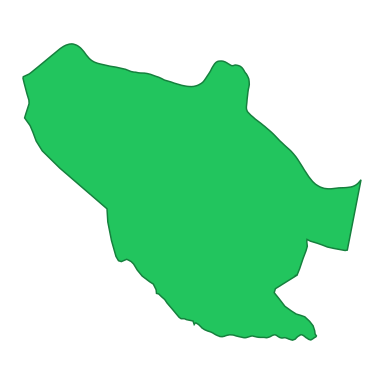 Beauchamp, Micoud, Saint Lucia
{"feature_id": "8701671B84813542366979", "entity_name": "Beauchamp", "entity_type": "district", "adm_level": 2, "iso_a3": "LCA", "parent_name": "Saint Lucia", "parent_adm1": "Micoud", "projection": "robinson", "projection_center": [-60.914, 13.818], "detail": "fine", "context": "isolated", "style": "filled", "palette": "green", "viewbox_px": 384, "rotation_deg": 0, "n_neighbors": 0, "source": "geoboundaries", "source_scale": "gbopen_adm2", "svg_char_len": 5949}
<svg xmlns="http://www.w3.org/2000/svg" viewBox="0 0 384 384"><path d="M194.2,324.5L194.7,323.8L194.9,323.5L195.1,323.3L195.3,323.1L195.7,322.9L196.3,323.1L196.7,323.4L197.3,323.7L197.9,324.1L198.3,324.4L198.5,324.5L199.1,325.0L199.9,325.8L200.2,326.1L200.5,326.4L201.3,327.2L201.5,327.4L201.7,327.7L202.0,328.0L202.8,328.5L203.3,328.8L203.8,329.2L204.3,329.5L204.9,329.8L205.2,330.0L206.1,330.3L206.9,330.7L207.3,330.8L207.6,331.0L208.3,331.2L209.2,331.5L210.3,331.8L211.4,332.3L211.9,332.5L212.1,332.6L212.5,332.8L213.5,333.4L214.0,333.7L214.6,334.1L214.8,334.2L215.0,334.3L215.4,334.5L215.6,334.6L215.8,334.8L216.3,335.0L216.6,335.1L216.9,335.3L217.2,335.4L217.6,335.6L217.9,335.7L218.7,336.0L219.0,336.1L219.4,336.3L219.8,336.5L220.1,336.5L220.4,336.6L221.0,336.6L221.4,336.6L221.8,336.7L222.2,336.7L222.5,336.6L222.8,336.6L223.1,336.5L223.8,336.4L224.2,336.3L224.5,336.2L224.8,336.1L225.4,335.8L225.8,335.7L226.1,335.6L226.7,335.4L227.9,335.1L228.2,335.1L228.5,335.0L229.6,334.8L230.0,334.8L231.7,334.9L232.2,334.9L233.4,335.1L234.0,335.2L234.5,335.4L235.7,335.8L236.1,335.9L236.3,336.0L236.8,336.1L237.3,336.2L237.7,336.3L237.9,336.4L238.2,336.4L238.4,336.5L239.8,336.8L240.1,336.9L240.5,337.0L240.8,337.0L241.3,337.1L241.7,337.2L242.0,337.3L242.4,337.4L243.0,337.5L243.5,337.6L243.9,337.7L245.6,337.7L245.9,337.6L246.3,337.6L246.8,337.4L247.3,337.3L247.6,337.2L248.3,337.0L248.6,336.9L248.9,336.8L249.4,336.6L249.7,336.6L250.1,336.4L251.1,336.1L251.3,336.1L251.8,336.0L252.7,336.0L253.5,336.2L253.8,336.3L254.1,336.4L254.7,336.5L255.1,336.6L255.5,336.7L256.0,336.8L256.4,336.9L256.7,337.0L257.3,337.1L258.3,337.2L258.6,337.3L259.4,337.3L259.8,337.4L260.8,337.4L261.2,337.4L262.2,337.4L262.6,337.4L262.9,337.4L263.7,337.4L264.0,337.4L264.4,337.4L264.7,337.5L265.0,337.5L266.1,337.7L266.5,337.7L266.8,337.7L267.3,337.6L268.7,337.2L269.0,337.1L269.6,336.9L269.9,336.8L270.6,336.4L271.2,336.1L271.5,335.9L271.8,335.7L272.3,335.5L272.5,335.4L272.9,335.2L273.3,335.1L273.7,335.0L274.0,334.9L274.3,334.8L275.2,334.9L275.5,334.9L275.9,335.1L276.5,335.4L277.5,336.1L278.1,336.5L278.9,337.0L279.8,337.5L280.2,337.6L280.5,337.7L280.8,337.8L281.0,337.9L281.7,338.0L282.4,338.0L283.1,337.9L283.6,337.8L284.1,337.7L284.4,337.7L284.8,337.7L285.1,337.7L285.5,337.8L285.9,337.9L286.3,338.0L287.0,338.3L288.3,338.8L288.6,339.0L289.3,339.2L289.7,339.3L289.9,339.4L290.2,339.5L290.5,339.6L290.8,339.7L291.1,339.7L291.4,339.8L291.8,340.0L292.0,340.0L292.3,340.1L292.6,340.1L293.2,339.9L293.7,339.7L294.0,339.6L295.1,339.2L295.4,339.0L295.9,338.4L296.1,338.1L296.4,337.9L296.7,337.5L297.0,337.3L297.2,337.0L297.5,336.8L298.0,336.4L298.5,336.0L298.8,335.9L299.5,335.5L299.8,335.4L300.0,335.2L300.2,334.9L300.5,334.8L300.8,334.7L301.3,334.7L301.6,334.8L301.9,334.9L302.4,335.0L302.7,335.2L303.0,335.3L303.3,335.5L303.7,335.7L303.9,335.9L304.2,336.1L304.4,336.4L304.7,336.5L304.9,336.7L305.2,336.9L306.1,337.7L306.4,337.8L307.0,338.2L307.9,338.8L308.5,339.2L309.1,339.5L309.5,339.6L309.9,339.7L310.2,339.8L310.5,339.9L310.8,339.9L311.1,339.8L311.5,339.6L312.0,339.3L312.5,339.0L313.1,338.6L314.1,337.9L314.5,337.6L315.2,337.2L315.6,337.0L315.9,336.8L316.1,336.5L316.4,335.9L315.1,334.0L314.7,330.8L313.1,325.8L309.6,321.3L304.8,316.8L300.8,315.4L296.1,314.0L291.3,310.9L284.9,306.3L279.0,298.6L274.2,292.7L275.4,288.7L296.5,275.5L296.1,275.3L297.1,275.0L299.6,268.8L303.1,258.4L306.0,250.8L307.3,246.3L306.8,241.8L307.0,239.4L310.3,241.1L317.5,243.3L322.6,245.1L327.4,247.0L333.7,248.4L345.1,250.5L347.3,250.1L361.0,179.8L359.8,181.3L359.0,182.2L358.7,182.6L357.6,183.7L356.0,184.9L354.6,185.7L352.7,186.5L350.8,187.0L347.0,187.5L344.7,187.7L341.3,187.8L338.9,187.9L336.4,188.2L333.7,188.5L331.1,188.8L328.0,188.8L326.1,188.6L324.3,188.4L321.8,187.6L320.2,187.0L318.5,186.1L316.4,184.8L315.5,184.2L314.1,182.9L312.6,181.5L311.3,179.9L310.1,178.4L308.6,176.5L306.4,173.1L304.2,169.8L302.6,167.1L300.0,163.0L297.9,159.7L295.9,156.8L293.5,153.9L291.1,151.2L289.3,149.5L286.7,147.2L284.5,145.2L282.0,142.8L279.6,140.6L276.7,137.5L273.7,134.4L271.3,132.1L266.4,127.9L264.7,126.4L262.9,125.0L261.1,123.5L257.4,120.7L255.4,119.2L253.2,117.2L250.8,115.2L248.6,112.9L247.4,111.6L246.5,109.2L246.4,107.9L246.4,106.8L246.6,104.8L246.9,102.0L247.1,99.3L247.6,95.1L247.9,92.3L248.3,89.5L248.9,86.9L249.3,84.4L249.1,81.2L248.8,79.0L248.2,77.5L247.3,75.6L246.3,73.9L245.4,72.9L244.6,71.7L243.8,70.2L243.1,69.1L241.9,67.6L240.4,66.4L238.8,65.7L237.3,65.3L235.6,65.0L234.4,65.2L233.4,65.6L232.5,65.7L231.5,65.6L230.3,65.0L229.4,64.4L228.3,63.8L227.1,63.0L225.1,61.9L223.1,61.2L221.4,61.0L219.2,61.1L218.5,61.2L217.4,61.5L217.1,61.7L216.0,62.4L215.1,63.3L214.5,64.0L213.9,64.9L212.8,66.6L211.8,68.3L210.5,71.0L208.9,73.6L207.6,75.5L205.9,78.1L204.4,80.3L203.0,82.0L201.3,83.4L198.6,84.9L197.2,85.5L195.5,86.0L193.8,86.4L191.5,86.6L189.0,86.5L186.9,86.3L184.6,85.9L181.6,85.3L179.3,84.6L176.8,83.9L174.1,83.1L171.1,82.0L168.4,81.2L164.5,80.1L161.5,78.5L158.6,77.2L156.1,76.4L153.1,75.3L150.7,74.4L147.1,73.5L144.3,73.1L140.7,73.0L138.5,72.8L135.7,72.2L133.9,72.1L131.0,71.5L125.5,69.3L115.8,67.1L111.8,66.5L110.0,66.2L108.2,65.8L106.1,65.3L103.4,64.7L100.3,64.0L97.6,63.3L95.4,62.5L93.8,61.8L91.8,60.6L90.4,59.5L89.1,58.3L88.0,57.0L86.2,54.9L83.9,51.7L82.0,49.5L80.5,47.9L78.3,46.2L76.6,45.2L74.7,44.5L73.0,44.0L71.7,43.9L69.4,44.1L66.1,45.1L63.5,46.4L60.3,48.5L56.3,51.8L51.8,55.5L47.1,59.4L38.4,66.6L30.9,72.7L29.3,73.9L27.0,75.0L25.1,75.9L23.3,76.7L23.2,77.2L23.0,78.3L24.2,83.3L27.0,93.9L28.9,100.1L29.1,103.4L28.7,104.9L25.8,113.9L24.6,117.9L30.1,125.6L32.9,132.2L36.2,141.1L42.3,150.9L59.9,168.2L107.0,208.8L107.8,221.9L111.5,240.6L116.0,256.5L118.5,260.7L121.3,261.6L126.7,259.3L128.7,260.2L131.2,261.6L133.6,264.0L137.3,270.1L142.2,276.1L149.6,281.7L153.3,284.1L156.1,289.7L156.5,293.4L158.6,293.9L161.5,296.7L164.7,299.5L167.2,303.2L172.1,308.9L179.1,317.3L181.1,318.7L184.4,318.7L186.4,319.6L193.0,321.0L194.2,324.5Z" fill="#22c55e" stroke="#15803d" stroke-width="1.5"/></svg>